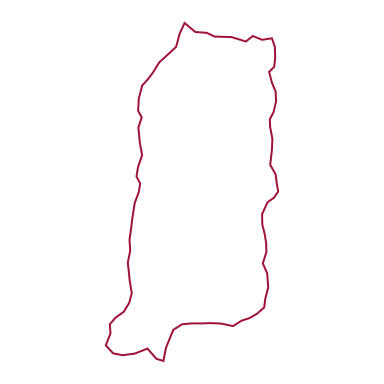 outline of Marinópolis, São Paulo, Brazil
{"feature_id": "56859067B71245094474984", "entity_name": "Marinópolis", "entity_type": "district", "adm_level": 2, "iso_a3": "BRA", "parent_name": "Brazil", "parent_adm1": "São Paulo", "projection": "mercator", "projection_center": [-50.833, -20.48], "detail": "fine", "context": "isolated", "style": "outline", "palette": "rose", "viewbox_px": 384, "rotation_deg": 0, "n_neighbors": 0, "source": "geoboundaries", "source_scale": "gbopen_adm2", "svg_char_len": 1159}
<svg xmlns="http://www.w3.org/2000/svg" viewBox="0 0 384 384"><path d="M105.8,345.4L113.1,353.3L122.5,355.2L134.7,353.6L147.5,348.6L156.4,358.8L163.4,361.0L166.0,347.7L173.3,329.8L182.0,324.3L191.9,323.4L202.9,323.4L211.0,323.1L221.3,323.6L233.0,326.1L241.5,320.7L249.5,318.1L257.2,313.6L264.2,307.4L265.3,298.7L268.2,287.4L267.2,273.3L262.8,263.4L266.4,252.1L266.1,242.6L264.6,233.6L262.3,224.6L262.1,214.1L267.5,202.3L274.1,197.6L278.2,191.5L276.8,183.6L275.6,174.3L270.2,164.8L271.9,150.0L272.4,138.9L270.1,126.8L269.8,119.3L273.5,112.3L276.1,101.3L275.6,91.5L271.9,82.5L269.1,71.9L274.2,66.8L275.2,58.0L274.9,47.0L271.9,38.3L262.1,39.8L252.8,36.0L245.9,41.5L231.6,37.1L222.7,36.8L214.7,36.6L206.7,32.8L195.3,32.0L184.6,23.0L179.8,33.3L176.1,46.8L168.1,54.3L159.3,62.3L153.1,72.3L148.7,78.3L142.1,85.7L138.8,98.6L138.1,110.8L141.7,117.3L138.4,127.6L139.8,142.4L142.1,155.3L138.0,167.1L136.5,176.5L140.2,183.6L138.7,192.3L134.7,203.1L132.2,219.3L130.9,230.3L129.5,239.6L130.2,250.6L127.8,262.8L128.8,271.6L129.7,280.7L131.8,293.2L129.2,302.8L123.8,311.8L115.6,317.6L109.8,324.3L110.5,333.3L105.8,345.4Z" fill="none" stroke="#9f1239" stroke-width="2"/></svg>